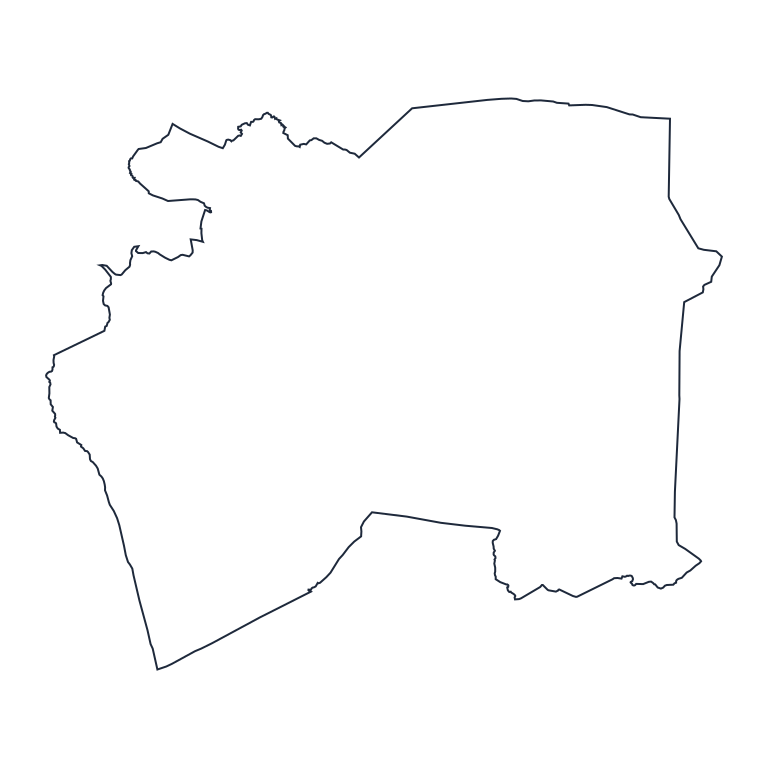 the district of Chilchota, Michoacán, Mexico
{"feature_id": "50627088B35949960945734", "entity_name": "Chilchota", "entity_type": "district", "adm_level": 2, "iso_a3": "MEX", "parent_name": "Mexico", "parent_adm1": "Michoacán", "projection": "albers", "projection_center": [-102.11, 19.805], "detail": "fine", "context": "isolated", "style": "outline", "palette": "slate", "viewbox_px": 768, "rotation_deg": 0, "n_neighbors": 0, "source": "geoboundaries", "source_scale": "gbopen_adm2", "svg_char_len": 6060}
<svg xmlns="http://www.w3.org/2000/svg" viewBox="0 0 768 768"><path d="M53.9,355.2L54.2,356.4L53.5,360.0L53.6,362.9L54.1,364.8L53.9,366.0L53.4,366.9L52.5,367.3L52.5,369.4L52.1,370.9L51.1,371.6L49.4,371.8L47.7,372.9L46.7,374.0L46.1,375.3L46.4,377.0L49.5,379.8L49.9,380.8L49.3,381.9L50.2,382.7L50.5,384.4L49.3,387.0L49.4,393.4L48.8,398.0L49.5,399.4L50.6,400.3L50.7,404.3L52.9,407.0L52.3,410.7L55.1,413.9L55.2,415.4L54.9,416.7L55.4,417.8L54.1,420.2L53.9,421.6L54.3,422.3L55.6,422.8L56.1,423.5L56.5,426.6L57.8,428.6L59.9,429.8L60.1,432.8L63.2,432.6L65.3,433.1L68.1,435.2L73.2,438.0L75.0,438.2L76.1,438.8L77.1,442.4L81.3,445.0L81.0,446.6L83.3,448.3L85.0,450.9L87.2,451.2L88.0,452.0L89.7,454.6L90.0,459.2L90.9,461.0L92.8,462.1L96.0,465.7L97.7,468.5L99.4,474.7L101.4,476.5L102.8,478.5L103.9,481.2L104.7,484.6L105.1,487.4L105.0,490.3L107.1,495.5L108.8,501.9L109.8,504.8L113.8,511.0L117.1,518.2L119.3,525.2L124.0,545.8L125.8,555.2L128.0,562.0L129.9,564.5L132.3,568.6L133.5,575.2L139.4,600.4L147.5,630.2L150.6,644.1L152.7,648.6L157.4,669.5L166.3,666.5L171.8,663.9L195.0,651.2L201.2,648.6L211.9,643.3L259.9,617.4L310.8,591.7L309.1,590.8L308.4,590.1L308.5,589.6L310.9,589.8L311.7,588.3L312.6,587.6L313.8,587.4L315.7,586.4L317.7,582.9L318.3,583.3L320.0,582.8L326.3,577.2L330.5,572.7L339.0,559.0L342.7,555.0L348.7,547.1L354.2,541.6L361.1,536.4L361.4,531.5L361.0,527.2L363.9,521.5L372.0,512.3L406.8,516.6L440.8,522.8L465.2,525.7L491.9,528.0L497.3,529.3L499.2,530.1L500.0,530.8L498.1,535.7L496.1,539.1L493.9,539.8L492.8,541.0L492.7,542.8L493.6,546.5L493.7,548.6L494.9,550.8L493.7,552.5L493.6,554.3L493.9,555.1L495.3,556.4L495.5,558.1L494.5,559.5L494.9,560.5L494.3,563.6L495.2,567.7L495.2,571.6L494.7,573.3L495.0,575.2L495.7,576.6L495.7,579.2L500.2,582.1L506.4,584.5L507.2,584.4L508.2,585.1L508.4,585.6L508.2,586.9L507.4,587.1L507.2,587.5L507.9,590.4L509.3,592.0L510.7,591.7L511.2,592.5L513.7,594.0L515.2,595.5L515.2,596.4L514.6,597.3L515.0,599.4L519.0,599.1L520.9,598.4L540.2,587.0L541.9,585.0L542.8,585.0L547.6,589.8L548.5,590.3L555.9,591.6L558.1,590.5L558.5,589.7L559.3,589.5L572.9,596.0L576.0,596.9L577.2,596.7L612.5,579.3L614.1,578.2L617.5,578.0L621.5,578.6L622.4,576.3L624.9,576.8L626.5,576.2L627.1,575.7L628.1,576.0L629.2,575.6L630.7,575.6L631.7,576.0L632.7,577.8L633.0,579.1L632.3,581.1L630.7,582.0L630.6,582.5L632.0,583.8L632.5,585.0L633.3,585.4L634.1,585.5L635.0,585.2L636.2,583.9L643.1,584.1L648.9,581.8L651.1,581.6L653.3,583.2L654.2,584.3L655.2,584.4L657.7,587.5L660.9,588.6L663.2,587.6L664.9,585.7L666.8,585.0L673.3,584.7L674.5,583.3L676.1,582.7L676.1,581.2L676.6,580.2L677.5,579.4L678.6,578.8L681.8,577.8L686.7,572.5L690.3,570.5L695.7,565.7L699.4,563.2L701.1,561.3L700.7,560.5L698.9,558.7L685.2,548.9L678.7,545.1L676.8,541.6L676.6,523.6L675.9,520.1L674.5,517.4L674.9,491.8L679.5,399.0L679.3,395.3L679.6,351.1L684.2,302.1L702.8,292.4L703.4,289.3L703.1,286.5L704.4,284.9L711.2,281.8L711.8,276.6L719.4,265.2L721.9,256.6L716.3,251.3L703.8,249.8L698.3,248.3L680.5,219.2L678.8,215.0L669.3,199.0L668.7,196.7L670.0,118.7L640.7,117.2L632.7,114.5L629.5,114.4L606.8,107.1L592.1,105.0L585.6,104.8L569.2,105.4L568.5,103.6L556.9,102.8L553.2,101.5L540.9,100.4L534.1,100.5L528.4,101.3L522.7,101.0L516.4,98.9L511.1,98.5L501.5,98.8L487.4,99.9L412.1,108.3L359.0,157.5L354.7,153.7L349.9,152.7L346.6,150.0L344.8,149.5L343.1,149.5L331.2,142.3L330.0,143.5L327.1,143.8L324.4,142.7L322.1,140.8L319.1,139.9L316.3,138.3L313.7,138.3L311.4,140.1L309.8,140.4L306.2,144.4L303.8,143.9L300.2,144.7L299.7,147.0L298.5,146.3L297.1,146.4L295.1,145.9L287.9,138.6L287.7,135.2L283.3,133.0L283.5,131.7L284.3,130.3L284.6,128.4L285.5,127.5L284.6,127.0L284.0,127.2L283.4,126.7L284.0,126.2L282.4,124.5L281.4,125.1L280.9,123.0L279.2,122.4L278.8,121.1L279.8,120.4L277.0,119.4L276.5,119.0L276.4,118.3L275.1,118.9L274.5,116.9L273.9,116.4L272.2,117.5L271.3,117.3L271.2,116.0L270.7,114.9L268.5,113.8L267.8,112.8L266.8,112.8L265.5,113.7L264.0,114.2L263.0,115.2L262.5,116.8L261.3,118.7L258.9,119.3L255.1,119.2L254.0,120.1L253.5,121.4L252.8,121.9L251.1,121.9L249.9,125.4L247.9,124.7L246.8,123.1L244.9,123.3L241.7,124.8L240.7,126.4L238.2,126.8L238.1,128.7L238.4,129.5L239.3,130.1L241.2,129.7L241.7,130.6L240.7,132.4L242.0,133.9L240.8,135.9L239.6,135.5L238.2,135.8L233.4,140.4L231.9,140.7L231.4,141.3L230.2,140.1L228.2,139.6L226.8,139.9L226.3,140.3L224.9,144.7L222.8,148.2L218.6,146.8L207.8,141.5L189.9,133.7L179.9,128.4L172.6,123.9L168.3,134.8L162.6,138.8L160.7,142.2L157.1,143.3L145.9,148.0L138.6,149.0L137.8,149.9L133.1,156.4L132.2,158.4L130.9,158.4L130.2,159.2L129.8,160.7L129.1,161.1L129.2,163.2L128.8,164.2L129.5,166.0L128.6,167.3L128.8,168.4L129.8,169.4L129.9,170.7L130.7,171.5L130.7,172.1L130.3,172.3L130.0,173.0L131.3,173.7L130.9,174.5L131.1,175.2L131.7,175.2L132.4,175.8L132.7,176.5L132.6,177.4L133.0,177.9L134.6,177.9L134.1,179.6L134.4,179.9L135.6,180.0L135.8,180.8L138.3,181.5L140.0,183.5L148.7,191.3L148.8,193.3L152.9,195.4L162.4,198.5L168.0,201.0L190.5,199.3L195.3,199.4L197.9,200.0L200.5,201.8L204.0,203.3L204.7,205.7L206.2,207.0L207.6,207.7L210.0,208.1L209.7,209.6L210.1,210.3L211.0,210.9L211.1,212.2L210.7,212.4L209.7,212.2L206.8,210.4L205.1,210.0L201.4,221.4L200.5,228.5L201.5,228.7L201.4,233.2L202.2,240.3L202.9,241.8L196.7,240.1L190.7,239.4L192.7,250.3L192.6,252.6L190.4,255.3L189.1,256.4L182.6,254.8L180.7,255.1L178.1,257.0L171.4,260.3L169.4,259.8L165.1,257.7L159.6,254.3L158.2,253.1L155.4,251.8L153.7,251.4L151.2,251.5L149.4,253.5L147.5,253.3L146.0,252.1L142.7,253.1L138.2,253.0L136.0,251.1L136.0,250.3L138.4,246.2L134.2,246.8L131.8,250.2L131.4,253.2L132.2,256.2L130.4,260.2L130.0,263.1L130.1,264.8L129.5,266.7L125.3,270.2L121.7,274.5L120.5,275.1L116.0,274.6L114.9,274.0L112.5,272.0L106.7,265.8L102.3,265.0L100.1,265.3L101.5,265.9L105.2,269.6L110.8,276.8L110.9,277.8L110.8,279.5L110.4,280.8L111.1,283.4L111.0,284.3L106.0,288.1L104.2,290.5L103.2,292.7L102.6,295.2L103.5,296.3L103.0,300.8L103.7,304.1L105.1,305.4L107.4,305.9L108.6,307.3L109.9,314.6L109.4,317.8L109.8,319.8L108.5,322.1L107.5,322.9L106.7,325.9L105.2,326.6L104.4,330.8L53.9,355.2Z" fill="none" stroke="#1e293b" stroke-width="2"/></svg>